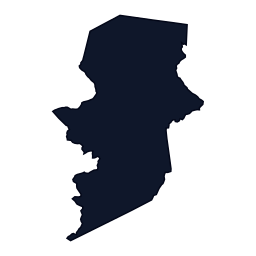 outline of Monsenhor Tabosa, Ceará, Brazil
{"feature_id": "56859067B83702629342983", "entity_name": "Monsenhor Tabosa", "entity_type": "district", "adm_level": 2, "iso_a3": "BRA", "parent_name": "Brazil", "parent_adm1": "Ceará", "projection": "orthographic", "projection_center": [-40.061, -4.94], "detail": "fine", "context": "isolated", "style": "filled", "palette": "ink", "viewbox_px": 256, "rotation_deg": 0, "n_neighbors": 0, "source": "geoboundaries", "source_scale": "gbopen_adm2", "svg_char_len": 2784}
<svg xmlns="http://www.w3.org/2000/svg" viewBox="0 0 256 256"><path d="M186.2,44.8L187.1,24.7L172.2,22.6L152.5,20.0L120.0,15.4L90.1,31.3L83.9,56.2L83.3,58.3L82.8,60.4L80.9,62.8L80.9,64.5L79.3,65.9L79.7,67.7L80.7,68.8L82.0,70.1L84.3,71.4L85.5,72.6L85.9,74.0L86.8,75.3L87.9,76.7L89.5,78.0L91.3,80.3L92.6,81.4L94.1,82.5L95.0,84.5L95.1,86.6L95.9,89.1L96.1,91.4L97.0,92.6L96.3,94.3L95.2,95.8L94.0,97.6L92.7,99.0L91.0,99.6L88.6,100.7L86.3,101.3L83.6,101.9L81.9,102.8L81.6,104.4L80.2,106.7L79.1,107.9L77.6,109.2L75.2,109.3L72.7,109.0L70.8,109.3L69.0,108.2L67.4,107.3L65.8,107.2L64.2,107.7L62.1,107.7L60.6,108.1L58.4,108.7L56.8,109.4L54.8,110.1L52.8,111.4L58.8,118.2L66.1,125.3L67.8,125.8L68.5,127.8L69.5,129.4L67.5,131.2L66.9,133.1L67.3,134.8L66.6,136.5L67.2,138.4L67.4,139.9L71.0,140.3L72.7,142.3L74.8,143.2L77.4,143.6L79.8,143.4L81.7,144.8L83.1,146.4L82.1,147.7L82.0,149.2L83.0,150.5L84.3,152.1L83.9,153.8L85.8,152.8L87.0,151.9L88.9,151.2L91.0,150.8L92.9,151.2L92.4,153.6L92.7,155.7L92.6,157.9L94.1,157.9L95.7,157.4L97.1,156.4L98.7,156.7L100.0,158.7L99.0,160.1L98.1,161.3L98.4,162.9L97.3,165.4L98.0,167.7L97.5,169.6L95.7,170.0L94.1,170.1L90.0,172.3L88.5,173.4L85.4,173.1L84.3,172.2L82.7,173.0L80.7,173.6L77.3,174.5L75.2,175.6L74.6,177.1L72.9,179.4L73.5,181.5L76.8,183.5L76.7,186.1L77.0,188.1L78.9,191.0L80.3,193.0L81.2,194.6L80.7,196.5L78.5,197.0L76.8,196.9L74.8,196.8L72.4,198.8L75.2,201.3L76.1,202.8L77.1,204.1L79.1,205.1L80.9,205.9L82.8,206.7L82.7,208.8L80.9,210.8L81.7,212.8L82.5,214.8L81.4,217.2L80.7,219.2L81.3,221.5L82.5,223.3L81.8,225.0L80.7,227.4L79.1,228.8L78.1,230.6L76.6,232.4L76.6,234.5L74.9,234.3L73.4,233.5L71.9,234.0L70.0,235.8L68.3,236.6L67.0,238.3L70.6,240.6L126.8,212.7L132.0,210.1L151.6,199.9L152.8,197.5L153.6,195.4L156.3,194.5L157.2,192.5L158.2,190.2L159.2,188.1L160.4,186.4L161.6,184.6L162.9,183.6L163.8,181.4L164.5,179.3L164.0,176.4L164.4,174.5L165.3,172.3L167.7,172.4L170.8,171.4L171.0,168.9L169.9,160.7L166.8,138.3L166.0,130.5L166.2,128.0L168.5,127.8L168.9,125.5L169.0,123.7L170.8,122.4L171.8,120.8L173.3,119.8L174.9,119.8L175.3,121.5L177.3,121.9L179.1,120.9L180.2,118.7L182.4,119.6L183.8,118.1L184.8,115.9L185.7,114.4L187.6,114.1L189.4,113.5L190.7,112.3L191.9,110.9L194.6,110.1L197.2,109.6L199.4,109.8L199.3,107.9L200.7,106.4L202.8,104.4L203.2,101.5L201.5,100.1L199.1,98.8L197.7,96.9L196.1,95.6L194.8,94.7L193.5,94.1L191.9,93.2L190.3,91.7L188.8,90.4L187.5,89.3L187.0,87.8L185.5,86.4L184.1,85.3L183.5,83.7L182.8,82.3L181.7,80.9L180.6,79.4L179.9,78.2L178.4,77.7L177.3,76.6L176.9,74.2L176.2,72.1L175.6,70.2L176.6,68.2L176.1,65.8L177.3,64.1L178.8,63.2L179.6,61.4L181.4,59.7L183.6,58.4L185.3,57.1L185.3,55.1L183.7,53.7L182.5,52.3L181.3,50.3L181.2,48.2L182.3,46.9L181.6,42.7L183.4,44.2L184.7,43.8L186.2,44.8Z" fill="#0f172a" stroke="#020617" stroke-width="1.5"/></svg>